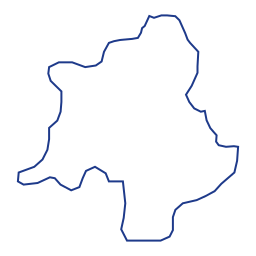 the district of Gwangju-si, Gyeonggi, South Korea
{"feature_id": "91817680B33140835215225", "entity_name": "Gwangju-si", "entity_type": "district", "adm_level": 2, "iso_a3": "KOR", "parent_name": "South Korea", "parent_adm1": "Gyeonggi", "projection": "natural_earth1", "projection_center": [127.301, 37.396], "detail": "fine", "context": "isolated", "style": "outline", "palette": "blue", "viewbox_px": 256, "rotation_deg": 0, "n_neighbors": 0, "source": "geoboundaries", "source_scale": "gbopen_adm2", "svg_char_len": 1130}
<svg xmlns="http://www.w3.org/2000/svg" viewBox="0 0 256 256"><path d="M149.3,16.0L144.7,26.0L142.1,28.1L141.0,32.7L137.9,37.9L132.1,38.9L123.1,39.7L120.0,40.0L113.9,41.2L108.9,42.9L104.0,51.8L101.6,61.5L95.8,65.5L85.2,67.1L72.1,62.3L58.9,62.3L49.1,67.1L49.0,68.0L48.3,73.6L50.7,80.9L61.4,91.4L61.4,102.0L60.6,111.7L57.3,120.6L49.1,127.9L49.1,139.2L47.4,149.8L42.5,159.5L34.3,166.8L18.7,172.5L17.9,181.4L22.7,184.1L23.6,184.6L37.6,183.0L49.9,177.3L54.8,178.2L60.5,184.6L71.2,190.3L79.4,187.1L82.7,178.2L86.0,170.9L95.0,166.8L105.7,173.3L108.9,181.4L122.9,181.4L125.3,203.3L123.7,217.9L121.2,229.3L127.0,240.6L160.6,240.6L169.6,236.6L172.9,230.1L172.9,217.1L175.4,209.8L182.8,203.3L196.7,200.1L205.7,196.0L214.7,191.1L221.3,183.8L234.4,172.5L235.2,169.0L237.1,160.8L238.1,146.8L233.9,146.2L226.0,146.8L218.7,145.2L216.1,141.6L216.6,135.3L213.4,131.7L210.3,128.1L206.6,120.3L204.8,110.9L200.8,111.7L194.2,108.4L189.3,102.0L186.0,94.7L191.7,85.8L197.5,72.8L197.5,66.3L198.3,51.8L190.1,42.9L187.6,39.6L185.2,33.2L179.4,20.2L175.3,16.2L167.1,15.4L161.4,15.4L154.0,17.8L149.3,16.0Z" fill="none" stroke="#1e3a8a" stroke-width="2"/></svg>